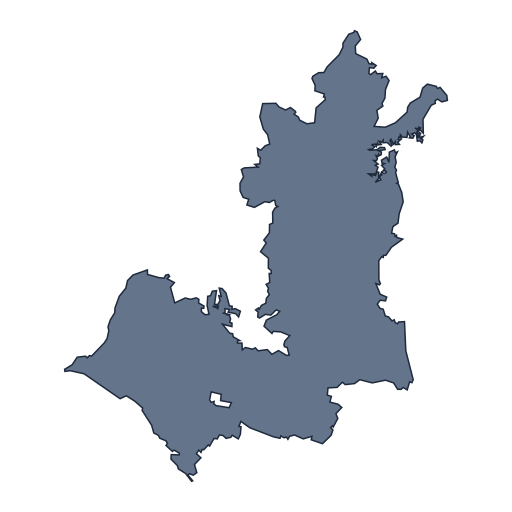 the district of Boyolali, Jawa Tengah, Indonesia
{"feature_id": "22746128B51975137382727", "entity_name": "Boyolali", "entity_type": "district", "adm_level": 2, "iso_a3": "IDN", "parent_name": "Indonesia", "parent_adm1": "Jawa Tengah", "projection": "robinson", "projection_center": [110.67, -7.387], "detail": "fine", "context": "isolated", "style": "filled", "palette": "slate", "viewbox_px": 512, "rotation_deg": 0, "n_neighbors": 0, "source": "geoboundaries", "source_scale": "gbopen_adm2", "svg_char_len": 6078}
<svg xmlns="http://www.w3.org/2000/svg" viewBox="0 0 512 512"><path d="M423.3,133.2L423.0,119.3L431.3,105.2L435.3,103.4L435.1,100.9L437.4,99.1L441.9,101.9L447.4,100.4L446.8,95.4L440.1,87.4L437.4,88.5L436.4,86.4L427.4,84.1L422.7,88.1L420.0,97.2L410.3,103.0L407.7,107.2L407.1,112.1L395.5,122.7L385.3,127.2L374.1,126.4L378.2,118.2L376.9,110.3L382.9,106.1L382.0,103.5L384.9,98.2L385.5,89.5L389.1,80.5L386.0,76.2L381.7,77.8L382.8,73.5L377.0,73.7L375.4,71.0L370.6,74.6L368.9,73.6L369.4,67.7L373.8,68.2L376.2,65.5L371.9,62.7L372.3,64.1L369.0,63.7L366.9,59.1L355.7,53.6L355.3,46.0L360.6,39.5L357.2,31.9L354.4,30.7L353.9,32.4L348.8,34.2L343.0,43.1L342.9,47.2L339.2,54.7L327.2,66.8L323.9,72.5L318.6,72.7L312.8,76.3L312.0,78.5L315.1,85.2L314.9,90.8L324.4,94.0L323.5,97.0L324.9,97.1L325.3,99.7L316.1,107.9L314.6,122.7L307.0,123.8L299.7,120.2L298.4,117.1L294.1,114.2L295.8,112.2L295.0,111.0L290.4,107.5L285.6,110.0L279.1,107.0L275.9,103.3L262.7,103.6L259.8,116.9L263.3,129.1L267.7,134.8L269.7,144.1L265.3,145.7L260.6,150.3L257.4,148.3L258.3,155.9L260.3,157.6L259.8,163.8L254.8,164.4L258.0,167.1L244.3,167.9L241.3,169.5L243.5,176.9L240.0,183.3L240.1,190.9L243.1,197.4L248.7,199.2L246.9,205.0L254.4,207.4L264.9,201.7L269.3,202.5L273.3,200.3L274.8,200.5L275.7,205.4L277.9,206.5L275.0,208.0L272.6,212.2L272.8,223.0L269.5,224.5L269.4,232.8L263.8,240.1L266.2,243.0L260.5,251.7L268.4,258.2L268.3,268.2L271.1,270.4L271.2,273.6L269.2,273.5L269.7,282.5L266.1,284.4L268.5,288.2L267.6,291.2L269.3,294.7L266.4,298.3L265.8,303.2L261.4,305.4L259.1,309.4L258.4,308.0L255.6,309.9L258.1,312.1L257.7,317.0L259.5,318.0L265.4,314.4L270.8,315.1L276.2,309.9L279.7,311.3L276.8,314.7L266.4,320.1L264.0,326.2L272.0,333.5L273.2,331.4L280.7,331.9L289.8,335.6L285.0,340.9L283.9,344.5L284.4,346.6L287.2,347.5L289.2,355.2L286.5,355.4L278.5,350.6L271.9,354.3L267.3,349.6L258.1,350.8L255.3,347.8L252.6,349.2L245.4,347.5L242.3,349.9L242.0,343.1L237.5,343.1L237.5,340.9L239.8,340.6L233.2,336.8L232.6,333.7L229.7,333.2L222.5,324.2L231.9,326.6L232.0,323.1L229.7,322.3L230.6,318.9L229.4,315.3L227.7,314.9L229.0,314.4L223.6,313.2L225.1,312.1L224.9,308.7L229.5,309.5L228.1,312.1L235.7,313.7L238.6,316.9L240.4,311.2L235.2,308.6L231.9,309.4L232.2,306.3L229.4,305.8L226.0,293.0L222.1,288.6L219.2,288.1L221.2,296.5L218.8,295.7L220.0,300.6L217.8,304.5L214.5,304.3L216.5,290.6L212.3,291.2L210.5,295.7L207.7,296.3L207.1,305.6L209.0,314.3L204.9,314.7L201.4,311.6L201.4,308.2L203.8,308.3L204.0,306.0L198.6,303.0L198.9,299.3L196.2,297.8L190.8,299.3L185.2,298.0L174.7,302.9L170.5,287.2L174.4,282.6L167.1,278.7L169.6,276.4L168.4,274.5L165.6,275.2L164.0,278.2L158.7,277.6L147.5,274.4L147.4,269.9L133.0,275.0L127.6,280.5L125.8,288.2L119.3,296.2L115.0,307.9L114.7,312.8L110.3,319.9L108.0,326.9L108.8,330.8L107.1,338.5L104.4,342.8L91.7,356.0L89.4,355.6L87.2,357.8L85.6,356.2L77.2,357.2L72.1,364.8L64.6,369.3L64.9,371.4L70.3,370.7L84.1,373.8L120.1,398.7L126.3,395.8L134.7,401.1L142.7,408.1L142.1,410.4L151.6,425.2L153.8,433.0L158.2,435.2L159.9,438.3L165.8,440.7L167.4,443.3L166.0,445.5L172.4,451.4L174.0,450.1L179.4,453.2L179.1,454.9L171.2,454.6L171.0,459.2L177.4,465.6L178.4,469.0L185.5,473.4L191.6,481.3L192.7,480.8L187.9,475.0L189.2,473.7L193.2,475.2L196.8,472.7L194.5,464.5L200.9,457.8L196.4,453.7L198.7,450.1L201.0,452.4L202.1,449.4L203.7,449.8L208.3,444.9L209.6,446.1L214.0,438.5L217.2,438.9L219.4,435.0L222.9,435.4L226.1,438.4L230.8,437.3L232.2,435.2L238.3,438.9L240.4,434.3L241.0,426.7L238.9,426.4L240.9,421.4L249.9,427.8L273.7,436.9L280.0,438.3L280.9,435.9L284.1,437.8L286.4,437.0L287.9,439.3L289.6,436.3L294.5,435.0L303.3,438.9L311.9,436.3L311.2,439.8L322.5,443.7L331.1,435.3L332.9,430.0L330.6,427.6L332.5,425.8L333.2,427.1L337.8,418.4L335.9,413.6L341.8,407.5L338.1,404.2L329.9,402.1L331.4,396.4L327.3,395.1L328.0,387.9L337.1,387.4L342.4,382.2L345.2,384.6L354.5,383.6L359.8,379.7L372.2,382.9L385.5,380.2L393.6,382.9L397.6,389.3L401.2,389.3L403.1,387.4L407.2,389.9L409.6,381.8L411.9,382.7L413.2,379.7L405.8,350.7L404.5,321.6L398.6,322.0L397.6,323.7L395.2,322.7L394.2,319.8L392.0,320.9L388.6,316.9L385.3,316.0L383.2,309.2L380.1,308.4L377.3,304.2L380.2,300.2L385.5,300.9L386.7,297.1L380.2,294.2L375.8,283.5L379.4,284.9L380.4,283.6L378.9,279.8L378.8,260.7L381.7,256.7L383.3,257.4L383.3,255.4L385.9,255.3L391.5,247.2L402.7,239.1L396.8,237.5L396.5,235.3L395.0,236.3L394.6,233.8L391.6,233.2L392.9,226.6L398.0,223.2L399.2,213.7L403.2,201.9L401.8,192.6L398.4,184.0L396.8,183.3L398.3,182.5L395.6,172.7L396.5,170.1L394.8,167.3L396.2,162.4L395.1,156.9L397.4,151.8L395.4,152.8L394.4,149.9L389.3,152.1L389.0,162.4L386.7,157.0L381.5,160.2L382.0,163.2L384.5,163.7L381.5,165.3L384.8,168.9L382.8,171.0L385.9,171.0L386.3,172.5L384.2,173.5L381.5,172.1L380.8,174.1L382.3,175.3L380.4,174.8L379.6,177.8L380.9,179.8L375.3,182.2L378.6,178.5L378.7,172.2L377.0,171.9L375.5,175.5L371.1,174.4L371.6,176.2L368.5,173.8L375.6,174.0L378.0,167.2L375.2,165.2L378.1,164.1L373.7,160.5L376.5,160.6L377.4,158.8L376.0,155.6L377.7,156.5L378.4,154.4L379.0,155.8L381.2,154.6L381.4,152.0L378.4,150.7L385.2,149.6L384.5,147.6L380.0,147.3L377.1,149.7L369.8,150.3L368.6,149.5L372.5,149.0L375.1,146.4L372.2,145.3L372.1,144.5L375.5,144.1L376.4,146.3L377.4,143.2L378.2,144.9L381.3,144.5L379.1,141.2L381.5,142.2L383.2,140.1L383.1,142.8L387.2,142.5L391.1,146.2L392.1,145.1L389.9,140.5L391.0,139.2L393.4,144.2L395.3,141.6L395.2,144.6L399.4,144.4L397.7,142.2L401.0,139.3L398.3,139.2L399.0,136.9L400.9,137.7L400.0,134.0L402.1,137.0L407.0,137.4L407.6,132.2L410.2,136.7L409.4,137.8L412.9,138.2L414.2,135.6L411.6,134.0L414.6,132.8L416.4,134.5L417.3,141.2L419.9,140.8L421.9,142.9L422.9,139.9L421.4,138.9L423.6,136.2L420.8,137.2L420.9,139.2L420.0,137.0L418.4,137.3L419.3,136.3L417.3,136.7L417.3,134.6L418.8,135.5L420.7,133.7L419.4,132.4L417.9,133.4L416.6,132.1L418.6,130.9L415.0,127.9L418.9,129.5L418.6,127.3L420.5,127.7L419.8,129.5L423.3,133.2ZM209.6,399.9L211.2,391.9L221.2,394.3L220.6,400.6L231.4,402.6L229.1,407.7L216.0,405.6L213.8,403.7L214.1,401.4L211.2,402.4L209.6,399.9ZM217.7,308.7L216.4,307.5L212.6,306.4L218.4,306.1L217.7,308.7Z" fill="#64748b" stroke="#1e293b" stroke-width="1.5"/></svg>